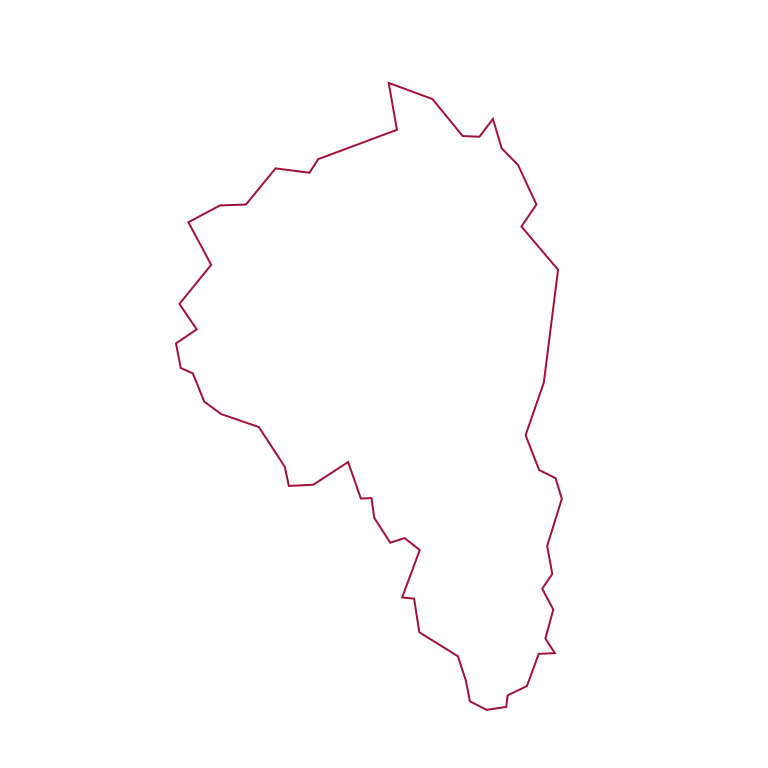 the district of Magoffin, Kentucky, United States of America, rotated 13°
{"feature_id": "52423323B54466190997734", "entity_name": "Magoffin", "entity_type": "district", "adm_level": 2, "iso_a3": "USA", "parent_name": "United States of America", "parent_adm1": "Kentucky", "projection": "natural_earth1", "projection_center": [-83.049, 37.69], "detail": "fine", "context": "isolated", "style": "outline", "palette": "rose", "viewbox_px": 768, "rotation_deg": 13, "n_neighbors": 0, "source": "geoboundaries", "source_scale": "gbopen_adm2", "svg_char_len": 871}
<svg xmlns="http://www.w3.org/2000/svg" viewBox="0 0 768 768"><g transform="rotate(13 384 384)"><path d="M539.4,346.6L527.9,233.5L482.5,199.7L492.1,174.8L465.3,140.4L445.7,127.9L430.5,101.2L421.4,121.6L404.9,124.7L367.1,95.5L320.9,89.6L339.4,133.4L269.2,179.8L263.9,194.9L229.8,198.3L209.1,240.2L184.0,246.9L157.0,270.4L188.8,306.7L166.7,352.0L189.2,372.9L172.2,391.2L182.3,414.1L195.3,416.6L212.8,441.6L232.3,450.0L271.7,454.1L306.0,487.0L314.2,504.7L337.7,498.1L366.6,468.1L387.2,500.8L397.5,498.0L404.7,516.7L425.8,537.2L438.8,529.5L456.2,537.8L449.7,587.9L461.6,586.4L474.3,618.0L517.2,632.6L530.4,654.4L539.1,673.9L557.2,678.4L575.7,671.2L574.5,659.6L591.2,646.1L595.5,612.1L611.0,607.8L598.5,595.7L599.7,565.7L584.2,547.9L590.7,531.2L579.4,505.1L583.1,455.8L572.3,437.2L554.5,432.9L533.5,402.1L539.4,346.6Z" fill="none" stroke="#9f1239" stroke-width="2"/></g></svg>